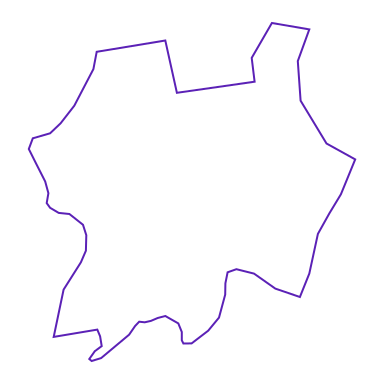 the Municipality of Iecavas, rotated 270°
{"feature_id": "LVA-5736", "entity_name": "Iecavas", "entity_type": "Municipality", "adm_level": 1, "iso_a3": "LVA", "parent_name": "Latvia", "parent_adm1": "", "projection": "mercator", "projection_center": [24.152, 56.602], "detail": "fine", "context": "isolated", "style": "outline", "palette": "violet", "viewbox_px": 384, "rotation_deg": 270, "n_neighbors": 0, "source": "natural_earth", "source_scale": "10m", "svg_char_len": 871}
<svg xmlns="http://www.w3.org/2000/svg" viewBox="0 0 384 384"><g transform="rotate(270 192 192)"><path d="M235.0,28.8L245.7,32.8L250.7,50.1L260.7,60.6L278.3,74.3L314.9,93.4L332.2,96.7L343.5,165.3L291.2,176.9L302.3,254.6L326.1,251.7L361.0,271.9L354.6,309.3L322.9,297.8L283.3,300.6L240.5,326.5L224.6,355.2L189.7,340.9L170.7,329.4L150.1,317.9L110.4,309.3L87.0,299.9L95.4,275.3L110.4,254.0L114.8,236.4L111.7,227.6L100.7,225.4L89.4,225.2L66.4,219.0L53.3,208.2L40.6,191.6L40.5,183.4L43.7,181.8L52.0,181.8L60.6,178.3L68.0,165.3L66.0,157.7L63.1,150.9L61.7,144.7L62.3,139.2L58.0,135.1L49.3,129.1L25.9,101.1L23.0,91.6L25.0,89.3L32.8,94.8L37.9,101.7L47.7,100.1L54.4,97.3L47.1,53.7L94.4,63.6L121.7,80.9L133.3,85.9L148.8,86.3L159.2,83.0L170.0,69.4L171.1,58.7L176.2,50.1L180.9,46.7L190.8,48.4L202.5,45.2L221.4,35.6L235.0,28.8Z" fill="none" stroke="#5b21b6" stroke-width="2"/></g></svg>